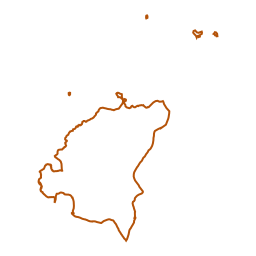 Ilemela, Mwanza, United Republic of Tanzania (Natural Earth projection)
{"feature_id": "72390352B90588253427027", "entity_name": "Ilemela", "entity_type": "district", "adm_level": 2, "iso_a3": "TZA", "parent_name": "United Republic of Tanzania", "parent_adm1": "Mwanza", "projection": "natural_earth1", "projection_center": [32.955, -2.41], "detail": "fine", "context": "isolated", "style": "outline", "palette": "amber", "viewbox_px": 256, "rotation_deg": 0, "n_neighbors": 0, "source": "geoboundaries", "source_scale": "gbopen_adm2", "svg_char_len": 5753}
<svg xmlns="http://www.w3.org/2000/svg" viewBox="0 0 256 256"><path d="M169.3,111.2L166.5,108.1L164.0,104.0L163.5,102.2L162.9,101.1L161.5,101.6L159.4,101.7L157.6,100.8L155.6,101.1L153.3,102.5L148.6,107.2L147.7,107.1L147.1,107.6L146.2,107.7L144.4,106.4L143.2,105.1L142.5,105.4L141.3,105.1L140.2,105.4L139.1,105.5L138.3,106.1L137.4,105.8L135.0,107.3L134.1,107.2L133.2,106.7L132.4,105.8L131.6,106.1L130.8,107.2L130.7,107.6L129.3,108.2L126.7,107.4L125.5,106.3L125.3,104.8L124.4,103.6L124.2,102.5L124.2,101.3L124.8,101.2L125.9,100.7L125.9,99.6L124.7,99.0L123.7,99.3L122.9,99.8L123.0,101.6L122.7,102.9L122.1,104.1L121.2,105.2L120.0,107.0L118.7,108.7L116.9,109.0L115.5,109.4L113.9,110.2L113.6,110.0L112.0,109.8L110.3,109.2L109.3,109.2L107.5,108.9L105.8,108.4L104.3,108.1L102.9,107.7L100.4,108.1L99.3,109.2L98.6,110.3L98.4,111.4L97.1,112.3L96.5,113.1L96.0,113.4L96.0,114.4L95.8,114.9L95.4,115.4L94.3,116.5L93.9,117.2L93.6,117.4L93.3,117.8L92.9,117.9L92.2,118.5L90.8,118.9L90.3,119.4L88.3,120.4L87.6,120.5L86.7,121.2L86.5,121.6L86.1,121.7L85.9,121.8L84.6,121.0L83.6,121.0L83.3,121.4L82.4,121.9L82.0,124.0L81.7,124.2L81.3,124.8L80.6,124.8L80.4,125.3L80.1,125.4L79.7,125.4L79.4,125.0L79.1,124.9L78.9,125.2L78.4,125.3L78.1,125.5L77.9,126.6L77.7,126.8L76.4,126.4L76.1,126.7L75.9,127.4L75.7,127.9L75.1,128.5L74.8,128.9L73.1,129.3L72.8,130.8L71.6,130.9L71.1,131.2L70.1,131.5L70.0,131.9L69.5,132.2L69.0,132.9L68.4,134.3L68.3,134.7L67.0,135.5L66.5,136.0L66.4,136.5L66.1,137.1L65.3,137.9L65.1,139.2L65.4,139.7L66.1,140.3L66.8,140.6L66.9,140.9L66.6,141.4L65.3,142.6L65.2,143.0L65.4,143.8L65.7,144.0L65.6,144.6L66.1,145.7L65.4,146.7L64.9,147.0L64.5,147.0L64.0,147.5L63.6,148.3L63.3,148.5L62.9,148.5L62.1,149.5L60.7,149.5L59.6,149.7L58.8,149.8L58.1,150.2L57.7,151.1L57.5,152.2L57.6,153.4L57.2,154.3L55.4,155.5L54.8,156.0L54.9,156.3L55.1,156.9L55.4,157.0L55.5,157.3L57.0,158.3L57.6,158.9L59.4,160.0L60.2,161.0L60.7,161.4L61.5,163.9L61.8,169.3L62.2,170.7L62.0,170.8L61.6,170.5L60.5,170.4L60.4,170.3L59.8,170.3L58.5,170.8L57.9,171.0L57.5,170.9L57.0,171.1L55.5,171.1L54.7,171.3L53.4,171.3L53.1,171.1L52.8,170.6L52.4,170.5L52.2,169.9L51.8,169.7L51.6,169.1L51.2,168.4L51.2,167.9L51.3,167.4L51.1,167.2L50.9,166.9L51.1,166.3L50.9,166.1L51.1,165.7L50.8,165.4L50.9,164.9L50.6,164.6L49.4,164.7L49.2,164.4L48.3,164.3L47.9,164.1L47.6,164.1L47.2,164.2L47.0,164.4L46.5,164.7L46.2,164.7L46.1,165.0L45.8,165.3L45.3,165.5L45.0,166.0L44.4,167.7L43.7,169.0L42.4,169.6L41.8,170.2L41.2,170.4L41.0,170.6L40.4,170.9L39.7,171.6L39.7,171.8L40.5,172.6L40.8,173.3L40.8,174.2L41.1,175.0L40.9,176.0L41.0,176.8L41.0,177.7L39.0,179.3L38.9,179.8L38.9,180.1L38.7,180.5L38.8,180.9L38.8,181.2L38.6,181.5L38.7,182.0L38.7,182.5L39.1,183.2L39.2,182.8L39.6,182.5L40.0,182.6L40.9,184.1L41.0,184.5L40.9,184.7L41.4,185.4L41.2,185.9L41.8,186.4L41.8,186.8L41.5,187.4L41.4,188.1L41.2,188.2L40.9,188.1L40.8,189.1L40.5,189.3L40.7,189.8L40.6,190.2L40.7,190.6L40.9,190.7L41.0,191.3L41.3,191.6L42.4,192.0L42.7,192.3L42.6,192.8L43.0,193.3L43.7,193.8L43.9,194.2L44.2,194.3L46.4,196.4L48.0,197.3L48.4,197.4L48.9,197.3L49.2,197.1L50.0,197.3L51.1,197.0L51.8,197.2L53.2,197.0L53.5,197.0L54.7,197.7L54.9,198.4L54.8,198.8L54.8,200.7L54.5,202.7L54.8,202.3L55.7,199.2L55.8,196.3L56.5,194.3L56.7,193.8L57.1,193.8L58.7,193.6L60.3,192.6L61.1,192.5L63.3,193.0L63.7,193.2L64.1,193.9L65.1,194.5L65.4,194.4L66.7,194.6L68.5,194.6L70.3,195.2L71.1,195.9L71.5,196.4L72.3,197.9L72.6,197.8L73.3,200.0L73.7,201.8L73.9,206.0L73.7,208.4L72.8,211.0L73.0,212.0L73.7,213.3L73.6,213.5L73.3,213.7L72.9,213.7L71.9,213.3L71.9,213.6L72.3,214.0L74.0,215.6L75.3,216.5L76.8,216.9L77.9,217.0L80.1,217.7L82.4,218.8L84.8,219.4L85.6,219.5L86.3,219.9L87.4,220.2L88.2,220.7L90.0,221.3L91.9,221.5L91.9,221.4L92.9,221.3L94.2,221.3L95.5,221.5L96.8,222.0L101.0,223.0L101.3,223.0L103.7,221.1L107.0,219.8L108.6,219.3L109.7,219.3L111.4,220.0L113.1,220.4L113.6,220.9L114.7,222.6L116.0,224.2L117.5,227.4L118.4,228.8L118.4,229.0L118.7,230.1L119.5,231.4L120.4,232.7L121.3,234.3L122.0,235.1L122.6,236.2L123.5,237.3L124.2,238.5L125.4,239.5L126.1,240.6L127.0,239.2L127.8,236.9L128.6,234.4L129.4,230.3L130.0,229.1L130.6,228.5L131.6,226.6L132.6,225.0L134.0,222.5L134.1,220.8L135.4,218.1L135.4,217.8L134.5,217.8L135.0,216.3L134.9,213.9L134.9,212.3L135.1,211.9L134.6,210.2L134.0,208.5L133.7,207.1L133.1,205.6L132.6,203.3L133.0,201.8L134.0,201.2L134.8,199.8L134.8,198.7L135.1,197.9L136.6,196.2L137.4,195.5L139.3,194.4L140.3,194.1L141.7,193.5L142.3,193.0L142.9,192.0L142.8,191.3L139.3,186.7L138.8,185.4L135.1,180.5L134.2,178.3L133.7,176.5L133.8,174.1L134.2,172.3L135.5,169.9L137.2,167.0L137.8,166.4L139.5,163.5L140.4,162.2L141.2,161.5L141.9,160.7L143.0,158.4L143.4,157.7L144.8,156.5L146.2,154.0L147.0,153.1L147.9,151.8L148.5,150.4L150.2,149.1L150.8,148.3L152.1,145.9L152.9,143.4L153.4,140.2L153.5,137.9L153.9,136.0L154.0,133.6L154.5,131.7L155.0,130.9L158.3,129.0L161.2,127.7L161.2,128.0L165.9,124.7L168.2,118.8L168.6,117.2L169.2,113.3L169.3,111.2ZM196.9,32.4L195.1,30.4L193.6,31.0L193.2,32.6L193.6,33.3L195.9,35.7L196.3,36.5L196.7,37.6L197.3,36.3L197.8,35.9L198.5,35.7L198.8,37.0L199.9,36.6L199.7,35.4L200.4,34.6L201.7,34.0L202.0,32.7L201.7,31.6L199.7,32.3L198.7,32.8L196.9,32.4ZM119.1,93.1L117.9,92.7L117.3,93.2L116.8,93.1L116.3,93.7L116.8,94.8L117.7,95.9L118.1,97.2L119.8,97.2L120.7,97.6L121.8,98.7L122.4,98.5L121.8,96.7L121.9,96.1L121.8,94.2L119.7,93.6L119.1,93.1ZM217.1,33.7L216.0,32.4L214.9,32.2L214.7,32.7L213.8,33.7L214.4,33.8L214.3,34.3L214.7,34.5L215.0,35.2L215.5,35.1L216.0,35.4L216.5,36.3L217.4,36.2L217.1,33.7ZM146.3,18.4L147.4,17.9L147.5,16.9L147.4,16.0L147.0,15.4L146.3,15.7L146.1,16.8L146.1,17.9L146.3,18.4ZM69.3,95.2L69.9,94.8L70.1,94.3L70.1,92.8L69.8,92.7L69.3,92.7L68.7,93.0L68.7,93.8L68.8,94.5L68.9,94.9L69.3,95.2Z" fill="none" stroke="#b45309" stroke-width="2"/></svg>